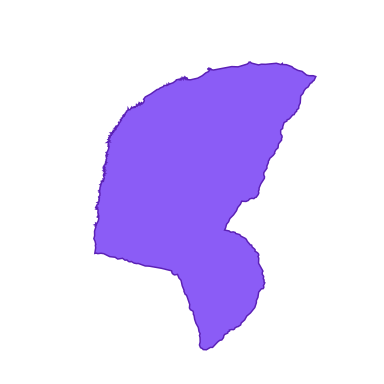 outline of Santa Catarina Do Fogo, Santa Catarina do Fogo, Cabo Verde, rotated 196°
{"feature_id": "66160863B71170562423195", "entity_name": "Santa Catarina Do Fogo", "entity_type": "district", "adm_level": 2, "iso_a3": "CPV", "parent_name": "Cabo Verde", "parent_adm1": "Santa Catarina do Fogo", "projection": "mercator", "projection_center": [-24.327, 14.901], "detail": "fine", "context": "isolated", "style": "filled", "palette": "violet", "viewbox_px": 384, "rotation_deg": 196, "n_neighbors": 0, "source": "geoboundaries", "source_scale": "gbopen_adm2", "svg_char_len": 6107}
<svg xmlns="http://www.w3.org/2000/svg" viewBox="0 0 384 384"><g transform="rotate(196 192 192)"><path d="M104.8,337.1L107.5,337.2L111.5,336.1L114.1,336.0L119.4,338.3L123.7,338.1L128.5,339.0L130.5,340.0L136.3,340.4L140.3,339.5L140.6,340.4L141.7,339.0L146.4,339.0L156.5,335.0L160.5,334.0L163.1,332.5L170.5,332.3L171.8,333.0L173.0,332.5L173.0,331.8L174.3,330.1L182.2,325.0L188.4,323.5L204.9,315.2L207.3,314.9L207.4,315.4L208.1,315.7L208.6,314.7L209.0,315.5L209.9,315.8L210.3,314.8L211.1,315.1L210.3,314.2L209.4,314.7L209.0,314.3L208.8,313.7L209.4,312.2L211.6,310.3L214.2,306.6L217.9,303.0L224.6,299.3L227.2,298.8L227.9,300.1L228.6,300.2L228.7,299.6L229.2,300.7L229.3,299.3L230.0,300.1L230.1,299.3L230.7,299.9L230.8,299.0L231.3,299.0L231.4,299.7L231.9,298.7L232.3,299.5L231.9,298.4L233.1,299.3L233.2,297.9L233.9,298.0L233.7,296.8L234.4,297.1L234.3,296.6L235.3,296.3L235.8,296.7L238.0,295.5L238.1,294.7L240.3,291.8L243.5,289.5L244.1,289.9L244.0,288.9L245.0,288.0L245.7,288.6L245.7,287.4L248.3,286.7L248.4,285.6L251.4,283.1L252.4,281.6L253.8,280.9L258.6,274.9L263.1,270.5L264.0,268.0L264.6,268.2L263.1,266.9L263.0,266.2L263.4,264.3L264.2,263.7L264.9,263.9L264.6,262.9L265.4,263.0L265.2,262.5L265.6,262.4L266.8,263.0L266.4,262.0L267.0,262.4L266.8,261.7L267.4,261.9L267.2,261.2L267.6,261.2L267.8,260.5L268.4,260.1L268.7,260.4L268.6,259.7L269.2,260.0L269.0,259.4L270.1,258.1L270.7,258.8L270.1,257.7L270.6,257.5L271.5,258.4L271.1,257.2L272.5,256.6L273.2,257.0L273.2,256.0L273.6,256.1L274.3,254.0L275.5,253.6L276.4,254.6L276.1,253.0L277.3,251.5L277.0,250.8L278.0,249.1L277.7,248.5L278.0,246.9L279.3,247.7L278.5,246.4L279.2,246.1L278.6,245.6L279.4,244.9L279.5,243.7L280.2,243.5L279.9,242.7L280.7,241.7L280.0,241.2L280.5,241.0L280.2,239.8L280.8,238.8L281.7,238.8L281.7,238.4L280.9,238.1L281.4,235.5L281.8,235.5L282.0,234.4L283.0,234.6L283.4,234.0L282.5,233.4L283.4,232.7L282.6,232.4L282.6,231.8L283.4,231.6L282.5,231.3L282.6,230.8L284.4,229.8L283.8,229.2L284.4,228.9L284.1,228.0L284.9,228.1L284.7,226.8L285.6,226.7L285.0,226.1L286.1,226.0L285.2,225.5L285.7,224.9L285.3,224.2L286.3,223.8L286.0,223.0L287.0,223.0L285.9,221.6L287.0,221.1L286.4,219.9L287.1,219.3L285.2,218.6L286.2,217.8L285.4,217.5L286.5,217.3L287.3,216.3L286.4,216.6L285.5,215.4L285.7,214.7L285.1,214.4L285.3,213.5L284.7,213.5L284.3,212.7L284.7,212.5L284.3,212.3L284.1,210.4L284.5,206.9L285.4,206.3L284.1,205.0L284.8,204.5L284.0,204.6L284.5,204.1L284.0,203.8L284.5,203.4L283.8,203.0L284.4,202.7L283.2,200.4L283.5,199.0L282.9,198.3L283.3,197.3L282.7,196.9L283.4,196.7L282.6,196.6L283.2,196.2L283.2,195.4L282.6,195.6L282.4,195.1L283.7,193.6L283.8,193.0L283.1,192.1L283.7,192.3L284.1,191.6L283.2,191.6L283.3,190.9L282.7,190.9L283.5,189.9L282.3,189.5L282.8,189.4L282.4,189.0L282.8,188.6L282.0,188.7L282.2,187.8L281.5,188.2L282.1,187.4L281.3,187.5L281.2,186.8L281.9,186.5L281.4,186.5L281.5,185.5L281.0,185.5L281.8,185.0L281.8,184.3L281.2,184.5L280.6,184.1L281.5,183.2L280.1,181.1L280.2,180.0L280.9,180.0L280.3,179.0L281.2,178.4L280.4,177.7L281.9,177.2L281.5,176.9L281.8,176.7L281.5,175.6L281.8,174.8L282.3,174.9L281.7,174.4L282.3,173.7L281.7,173.6L281.5,172.7L281.7,171.3L281.2,168.6L281.7,168.0L281.3,168.0L280.9,167.0L281.5,166.4L280.2,165.7L279.6,163.2L280.3,161.6L279.6,161.2L279.9,160.7L279.3,160.3L279.4,158.7L278.9,158.6L278.9,157.0L280.0,155.8L279.0,155.8L279.0,154.3L279.7,153.7L280.2,151.0L279.6,151.3L279.7,150.7L279.0,150.6L279.4,149.8L278.5,150.2L278.8,149.3L278.0,149.6L277.3,148.7L276.7,145.8L275.8,145.0L276.0,144.0L275.4,143.5L275.8,142.8L275.2,142.9L275.5,142.3L275.0,142.5L274.9,142.0L275.3,141.7L274.6,141.5L274.3,140.8L274.2,138.2L274.8,135.3L275.3,135.4L275.1,134.7L275.7,135.0L275.3,134.1L275.5,134.3L276.1,134.4L275.7,134.3L276.4,133.7L275.1,133.7L275.0,132.8L276.1,132.3L275.3,132.4L274.8,131.7L274.9,127.5L273.5,123.0L273.5,120.1L271.5,117.8L270.0,114.9L270.3,114.3L269.2,111.8L268.5,106.2L267.3,106.8L265.5,106.8L262.7,108.0L259.8,108.4L253.3,107.2L247.9,108.1L244.9,107.1L240.5,109.1L237.6,108.0L235.9,108.7L233.8,107.7L232.2,107.8L231.4,108.5L228.1,107.7L225.5,107.9L224.0,108.5L216.6,108.0L212.9,108.9L200.7,110.2L189.9,110.6L188.9,108.7L187.3,107.7L185.9,107.5L183.2,108.8L180.9,105.8L178.2,104.1L175.5,99.1L172.6,95.4L172.4,94.4L170.3,91.7L169.0,91.4L167.9,90.1L163.2,83.3L162.5,79.8L161.1,78.4L158.3,77.8L157.5,76.7L157.0,74.8L156.0,73.9L154.4,70.4L152.0,66.9L148.6,63.5L146.7,59.7L145.1,58.0L145.3,56.2L144.1,54.2L142.8,50.0L142.7,47.0L140.9,44.7L138.8,44.3L137.8,43.6L134.7,44.3L131.5,47.7L129.4,48.3L126.0,54.9L124.5,57.0L122.6,58.0L121.6,60.7L121.8,62.8L121.3,64.1L118.8,66.2L118.9,67.3L117.6,68.8L118.0,69.6L116.1,70.7L114.2,71.1L113.4,72.0L113.3,73.1L111.7,74.8L110.7,75.2L108.6,77.6L108.6,79.7L106.1,83.6L105.2,87.8L102.5,91.8L99.8,98.2L99.6,103.3L100.2,105.4L99.6,108.9L100.3,114.1L98.9,117.5L98.3,118.3L97.1,118.6L96.7,119.6L96.7,120.4L97.5,121.6L97.0,124.8L97.8,125.1L98.6,127.5L99.5,128.1L99.9,130.7L101.8,132.3L102.3,134.4L102.0,135.5L108.4,141.9L109.6,146.8L110.8,148.3L110.4,149.6L110.9,150.7L112.4,151.7L115.2,152.5L115.3,153.7L116.1,154.4L119.0,155.7L120.1,157.4L121.3,157.2L125.1,159.7L126.9,161.6L128.3,162.2L132.7,163.0L134.4,164.2L138.6,164.2L139.4,165.0L141.4,165.0L143.7,164.0L145.6,164.8L150.2,164.4L149.8,166.7L149.9,170.5L148.6,173.5L148.3,176.9L145.8,181.4L144.1,186.2L143.8,189.7L142.1,193.6L141.7,196.8L137.5,197.8L135.5,199.4L134.7,201.2L132.8,202.4L130.7,202.7L130.0,203.9L128.8,204.7L127.7,207.7L127.5,209.4L128.4,211.2L128.1,212.4L128.6,214.4L128.1,218.8L126.2,225.0L126.5,226.7L127.7,228.1L128.3,230.5L126.5,235.5L127.2,237.6L126.7,241.2L127.1,242.9L126.5,244.4L126.6,245.6L124.0,249.7L123.1,252.1L123.6,253.0L123.0,255.7L121.5,258.1L122.1,262.1L120.2,266.6L120.7,268.1L120.5,269.7L121.2,271.1L122.7,272.2L123.7,275.4L123.7,276.2L122.4,278.0L122.8,280.1L122.6,284.2L120.4,286.3L120.4,287.8L119.1,288.5L118.0,290.2L116.5,293.7L115.2,294.5L114.6,297.3L113.7,298.2L113.9,299.8L112.5,301.7L113.0,304.3L112.5,307.4L114.0,314.3L112.5,317.3L112.2,320.3L111.2,322.9L109.3,325.0L108.3,329.0L106.9,330.2L106.8,331.1L105.4,333.1L104.8,337.1Z" fill="#8b5cf6" stroke="#5b21b6" stroke-width="1.5"/></g></svg>